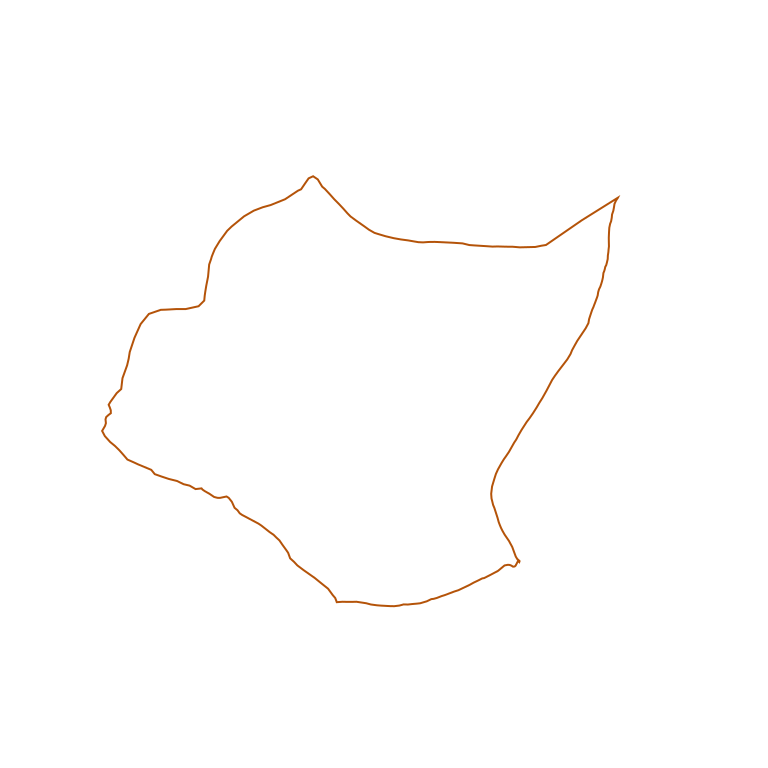 the district of Champhone, Savannakhét, Laos, rotated 341°
{"feature_id": "54806243B27710680023105", "entity_name": "Champhone", "entity_type": "district", "adm_level": 2, "iso_a3": "LAO", "parent_name": "Laos", "parent_adm1": "Savannakhét", "projection": "mercator", "projection_center": [105.234, 16.49], "detail": "fine", "context": "isolated", "style": "outline", "palette": "amber", "viewbox_px": 768, "rotation_deg": 341, "n_neighbors": 0, "source": "geoboundaries", "source_scale": "gbopen_adm2", "svg_char_len": 3694}
<svg xmlns="http://www.w3.org/2000/svg" viewBox="0 0 768 768"><g transform="rotate(341 384 384)"><path d="M313.9,178.4L306.3,179.9L291.2,185.5L285.6,188.1L275.1,195.4L268.1,201.2L264.9,204.8L262.6,207.5L261.0,209.8L257.6,214.1L252.6,225.2L247.9,233.3L245.2,238.3L243.3,242.0L241.2,246.6L234.0,250.1L221.0,248.6L211.9,245.5L202.0,242.7L197.1,241.2L196.9,241.2L184.5,241.2L173.4,248.1L163.1,259.1L154.0,271.0L150.8,277.0L147.2,282.7L138.6,293.4L133.9,303.2L128.3,305.6L119.5,311.8L116.9,314.0L117.1,316.8L117.1,319.9L116.2,322.7L113.4,323.6L110.6,324.8L109.2,326.7L108.3,330.5L106.6,332.8L102.2,336.6L103.1,342.4L106.2,349.7L109.4,354.9L112.2,360.5L114.6,366.3L116.8,371.9L119.5,374.4L122.4,377.1L125.4,380.0L136.0,389.4L137.9,394.6L143.7,399.2L149.6,403.7L156.7,408.3L161.9,413.5L167.1,416.8L171.6,422.0L177.5,423.3L178.0,424.7L179.7,427.0L183.3,431.1L186.6,435.5L188.7,436.9L189.7,437.5L192.0,438.3L198.5,439.1L200.1,441.1L201.8,445.9L202.4,452.4L204.4,455.7L205.5,459.3L207.2,461.6L210.6,465.2L212.8,467.6L219.8,475.1L220.8,476.4L222.0,478.0L227.6,486.7L230.6,490.8L232.2,494.1L234.2,497.8L235.6,502.9L237.6,509.5L238.4,512.4L238.5,518.3L241.0,522.8L243.0,527.3L247.3,533.7L255.4,544.9L259.0,550.7L264.5,559.4L266.8,566.9L268.2,570.4L268.3,573.7L268.3,574.9L273.9,576.4L276.4,577.3L276.8,577.5L282.2,579.4L287.0,580.9L295.8,585.5L299.8,588.2L305.2,590.9L309.1,592.6L317.2,595.9L321.3,597.4L326.4,598.5L330.8,598.8L334.8,600.3L338.9,601.2L343.7,602.4L346.8,603.1L351.6,603.3L353.7,603.4L358.7,602.8L361.0,603.3L364.3,603.5L369.4,603.3L372.8,603.4L382.8,603.1L387.2,603.2L399.6,601.8L404.1,601.0L409.4,600.4L413.6,599.8L415.5,600.1L422.0,599.2L431.0,597.8L438.9,594.8L441.7,595.2L442.3,595.3L443.5,595.8L444.3,596.3L445.1,597.0L445.8,597.8L446.5,598.7L447.5,599.0L448.3,599.0L449.3,598.6L450.1,597.8L450.9,597.1L451.8,596.2L452.2,595.8L452.5,595.6L453.1,595.5L453.6,595.8L453.9,596.4L454.5,595.6L454.4,595.1L453.8,594.5L453.6,593.8L453.2,593.7L452.4,590.1L452.3,585.5L452.2,579.9L451.8,577.5L451.8,577.3L451.6,576.4L451.1,573.2L450.1,569.6L449.0,565.6L448.2,561.3L447.8,558.2L447.6,555.1L447.5,551.9L447.8,547.3L448.0,537.2L447.8,533.8L448.1,530.7L448.4,527.2L449.6,522.7L452.8,516.1L457.6,509.4L460.5,505.5L464.0,501.8L469.4,497.0L472.8,494.2L476.0,491.9L480.0,488.9L488.0,481.8L490.9,479.6L494.5,476.2L499.1,472.2L506.6,466.3L510.5,463.7L515.4,460.1L520.9,455.7L524.6,452.5L529.1,448.9L535.5,443.2L544.3,434.9L548.4,431.8L553.1,428.5L565.3,420.4L570.1,416.4L572.9,413.2L577.2,409.3L580.8,406.1L592.8,397.0L597.1,393.0L599.0,389.5L600.8,387.1L603.3,383.8L605.1,381.5L607.1,379.4L608.3,377.9L610.1,375.8L611.8,373.7L613.7,371.4L614.9,369.8L616.4,366.9L618.1,364.5L620.3,362.3L622.2,359.8L623.5,358.0L624.6,356.3L625.7,354.5L627.6,350.5L629.0,348.9L630.2,347.2L630.9,346.0L631.5,345.1L632.7,344.1L634.2,341.9L636.2,338.7L637.5,335.4L639.1,332.3L640.1,330.0L641.5,327.1L643.0,322.4L644.2,318.8L646.2,313.7L647.9,309.6L650.0,306.1L651.7,304.1L653.5,300.9L654.8,298.0L657.2,294.9L658.8,292.1L660.6,288.7L663.1,286.1L665.6,284.2L665.8,284.0L624.3,293.6L582.4,305.3L577.8,304.5L571.7,303.7L556.9,299.0L550.3,296.1L543.8,293.8L539.3,292.1L536.1,290.9L531.3,289.4L525.4,286.9L514.6,282.4L509.9,280.4L504.0,276.6L495.7,273.1L484.2,268.5L478.1,266.1L472.3,264.2L467.0,262.8L462.7,261.1L459.4,259.3L453.6,256.1L447.0,252.8L440.7,249.3L433.6,244.8L427.6,240.5L424.2,238.0L420.0,233.2L416.7,228.5L411.1,220.8L406.9,214.7L405.0,210.7L402.6,204.9L399.9,198.9L397.1,193.1L394.6,187.1L391.6,180.3L389.8,177.3L388.0,169.0L384.6,164.5L379.7,165.0L375.3,168.2L369.0,172.9L365.6,173.2L350.6,177.1L335.1,177.9L326.9,177.4L317.5,177.7L317.4,177.7L313.9,178.4Z" fill="none" stroke="#b45309" stroke-width="2"/></g></svg>